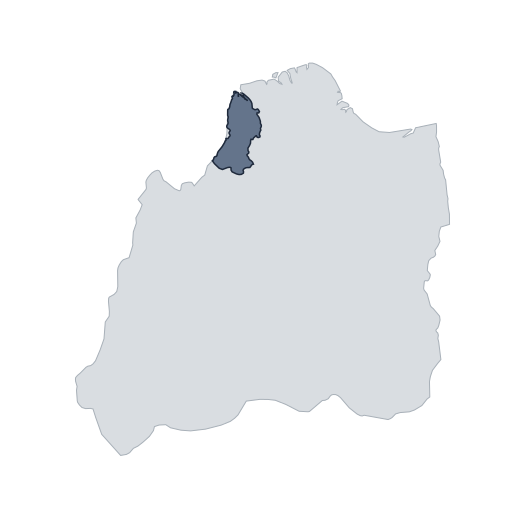 Cross River highlighted on a map of Nigeria, rotated 171°
{"feature_id": "NGA-2847", "entity_name": "Cross River", "entity_type": "State", "adm_level": 1, "iso_a3": "NGA", "parent_name": "Nigeria", "parent_adm1": "", "projection": "robinson", "projection_center": [8.541, 5.798], "detail": "fine", "context": "in_parent", "style": "filled", "palette": "slate", "viewbox_px": 512, "rotation_deg": 171, "n_neighbors": 0, "source": "natural_earth", "source_scale": "10m", "svg_char_len": 6442}
<svg xmlns="http://www.w3.org/2000/svg" viewBox="0 0 512 512"><g transform="rotate(171 256 256)"><path d="M420.9,80.2L436.3,104.0L439.6,121.7L440.9,130.4L443.4,131.4L448.1,131.9L451.6,133.6L453.7,136.5L455.0,139.2L455.2,140.8L454.3,151.4L453.1,155.2L453.8,160.5L453.6,162.7L453.1,164.2L451.0,166.0L448.1,167.7L441.3,172.7L439.3,173.5L436.4,173.6L433.9,174.9L430.9,177.6L424.6,187.7L419.1,197.9L415.2,214.4L410.4,219.5L409.5,224.1L408.8,234.4L408.1,237.4L407.3,238.4L402.1,240.3L399.1,242.7L397.3,247.3L395.0,263.2L394.2,265.8L392.5,268.5L389.9,271.5L387.6,273.1L381.6,274.2L375.9,286.1L375.8,288.2L373.4,299.0L369.0,307.2L368.7,312.4L363.2,319.6L360.4,324.5L363.3,329.6L363.6,330.4L354.2,339.0L353.6,340.3L353.2,346.3L352.5,347.9L350.8,350.1L348.2,352.5L345.7,354.4L342.7,355.7L339.9,356.1L338.4,355.4L337.5,353.6L335.9,346.3L335.1,344.7L333.2,343.3L326.0,335.2L321.6,332.4L320.6,332.6L319.9,333.4L318.7,337.4L317.5,338.9L315.1,339.4L311.1,339.5L308.2,338.9L307.5,338.1L306.1,334.9L297.1,342.3L294.0,343.9L289.9,352.6L284.3,356.9L280.4,360.6L269.9,372.4L267.8,375.9L265.7,381.1L261.2,403.2L254.0,417.1L253.0,420.0L252.6,419.9L251.6,421.2L248.8,420.4L247.6,417.8L245.8,417.4L242.9,413.6L242.2,414.2L245.4,423.8L244.2,427.5L235.3,427.6L227.7,428.9L222.5,428.8L219.8,427.4L218.7,423.8L218.2,424.2L218.0,426.1L216.3,427.6L210.4,427.9L207.8,425.5L205.7,422.7L203.5,421.5L203.8,422.7L206.4,425.3L206.1,429.2L201.3,433.6L198.3,433.9L196.5,432.0L195.5,428.8L195.0,424.2L193.8,421.2L193.1,421.2L193.9,426.2L194.0,430.9L196.2,434.5L192.7,435.7L188.6,435.8L188.1,434.4L187.5,431.4L186.8,430.6L186.0,435.7L177.4,437.2L176.2,437.0L176.0,436.0L176.6,434.6L176.5,432.3L174.6,434.1L174.3,437.6L173.2,438.2L169.9,437.7L166.4,435.8L160.6,431.4L153.6,424.1L152.4,420.9L150.4,416.9L146.8,405.8L147.4,405.3L149.1,405.9L149.9,404.9L146.9,404.1L146.3,403.3L146.1,400.9L146.3,397.9L150.7,396.4L151.7,394.5L152.3,392.7L146.9,395.5L141.7,392.4L140.6,390.5L141.2,389.0L147.1,388.9L149.2,387.5L148.0,387.0L145.7,387.1L144.8,386.1L144.9,383.9L144.2,384.4L143.2,386.4L139.7,387.8L137.7,386.4L137.5,383.1L137.1,381.6L135.4,380.4L129.3,371.8L121.7,364.5L115.0,359.5L104.8,357.1L83.4,357.2L82.2,356.5L83.5,355.4L85.4,354.6L92.3,350.6L91.1,350.1L83.9,352.6L81.5,352.8L78.3,357.7L57.3,358.7L57.3,356.5L58.3,350.1L59.6,345.7L58.2,340.4L57.8,335.5L58.7,334.0L59.0,332.2L58.9,319.8L60.0,318.0L60.0,316.7L57.8,311.4L57.9,307.3L57.5,303.4L56.8,301.6L57.7,286.5L57.4,282.7L58.1,280.0L58.5,273.5L58.4,267.1L59.9,257.0L68.9,255.7L71.1,251.7L72.4,246.7L72.0,241.7L74.9,237.4L78.5,233.5L78.3,229.3L79.3,228.0L81.0,227.0L83.4,226.5L86.1,224.4L87.6,220.7L89.1,214.8L86.8,210.7L86.9,209.8L87.7,207.6L89.2,205.4L90.3,204.6L92.9,205.2L93.8,204.3L95.5,197.8L95.3,196.1L92.9,191.7L91.6,179.9L90.9,178.3L89.1,176.2L84.1,167.9L84.2,164.0L86.3,158.9L87.7,156.5L89.6,155.1L90.0,154.0L89.4,152.6L88.5,151.5L88.3,149.2L89.3,146.1L89.0,142.6L89.6,124.8L93.6,121.3L99.6,115.5L102.7,109.5L104.3,104.9L106.4,89.6L109.5,87.9L115.5,82.4L123.6,79.1L128.9,78.1L138.1,78.8L142.8,78.2L146.8,75.2L148.6,74.4L151.1,73.8L174.1,81.8L176.2,81.4L178.0,82.0L180.9,84.1L187.6,91.4L194.7,102.9L196.9,105.3L199.1,106.7L201.4,107.1L203.1,107.0L204.8,105.9L207.0,103.7L210.4,102.7L213.1,102.9L227.5,94.1L228.9,94.0L237.7,95.9L249.7,104.7L259.5,110.5L266.4,112.4L274.5,113.8L288.3,114.2L298.7,101.8L302.5,99.1L307.2,96.7L316.9,94.4L332.9,92.9L348.0,93.5L357.4,95.7L367.3,99.7L371.5,103.5L378.2,104.2L383.0,103.4L384.6,99.6L389.4,94.6L396.6,89.9L402.4,86.7L407.2,85.2L411.6,81.5L415.0,80.3L420.9,80.2ZM211.0,432.8L207.7,434.0L205.6,433.7L208.5,428.7L210.0,429.8L211.9,430.2L211.0,432.8Z" fill="#d9dde1" stroke="#a8b0b8" stroke-width="1"/><path d="M284.2,356.9L284.0,357.0L283.0,357.7L282.0,359.9L281.1,360.5L280.6,360.5L280.1,360.5L279.7,360.6L279.3,360.8L278.8,361.4L277.9,363.7L277.0,365.1L272.4,369.2L269.3,372.9L268.6,374.1L268.2,374.6L267.7,374.9L267.5,375.1L267.4,376.2L267.3,376.7L266.7,376.8L266.0,376.5L265.3,376.4L264.7,377.0L264.2,377.7L263.0,378.6L262.7,379.2L262.8,379.9L263.1,380.5L263.4,381.2L263.3,382.2L262.7,383.0L262.1,383.5L261.8,384.0L262.3,385.0L262.9,385.7L263.7,386.4L264.3,387.1L264.7,388.1L264.5,389.1L264.0,389.8L263.4,390.5L262.9,391.2L262.7,392.0L262.7,392.8L262.8,393.5L262.8,394.3L262.6,395.2L261.9,396.8L261.7,397.7L261.7,398.2L262.0,399.1L262.0,399.5L261.1,404.7L260.9,405.2L260.6,405.3L260.2,405.4L259.8,405.6L259.4,406.0L258.8,407.1L258.6,407.6L258.1,409.3L257.8,410.1L257.3,410.8L256.0,413.2L255.8,413.9L254.9,414.7L254.6,415.2L254.7,416.0L254.8,416.6L254.9,417.1L254.3,417.7L254.2,417.6L254.0,417.4L253.7,417.3L253.4,417.4L253.1,417.8L252.8,418.2L252.6,418.5L252.6,418.8L252.3,419.5L252.2,419.9L252.2,420.3L252.4,420.8L252.4,421.2L252.1,421.8L251.7,422.0L251.3,421.9L250.8,421.7L250.6,421.7L250.3,421.8L250.1,421.7L250.2,421.3L250.4,421.1L250.5,420.7L250.6,420.3L250.5,420.1L250.2,420.2L249.5,420.6L249.1,420.7L248.1,420.2L248.0,419.2L248.4,417.9L248.5,416.5L248.3,416.5L248.1,417.8L247.3,418.5L246.4,418.4L245.5,417.5L245.6,417.4L245.8,417.0L245.5,416.9L244.8,416.5L245.0,416.0L244.7,415.6L243.8,414.8L243.0,414.3L242.8,413.6L242.4,412.8L242.2,412.5L241.7,412.3L241.4,412.2L241.0,411.8L240.6,411.3L240.5,411.1L240.3,411.1L240.3,411.3L242.1,413.2L242.5,413.9L243.4,415.7L243.6,416.6L243.0,417.0L243.2,417.5L243.6,418.1L243.9,418.6L244.3,418.9L244.4,419.0L244.0,418.9L242.7,417.8L238.8,413.2L237.6,411.3L236.7,409.4L236.2,407.3L236.5,402.6L235.9,401.9L234.4,400.8L233.6,400.6L231.6,401.0L230.9,400.4L230.6,399.7L230.0,398.1L230.9,396.9L232.5,397.2L233.0,395.9L231.3,392.4L230.6,388.4L230.9,386.3L230.3,384.5L230.4,383.6L230.7,382.7L231.3,382.0L231.7,381.2L231.6,380.3L231.6,379.4L232.1,378.9L233.3,376.9L233.7,375.2L233.2,374.0L233.5,373.0L234.9,372.6L236.2,373.0L236.8,374.7L237.7,374.6L238.3,374.0L239.8,373.1L240.4,372.4L240.8,371.6L241.7,371.6L242.6,372.1L243.2,371.1L243.8,368.2L244.5,367.1L245.2,366.0L247.1,363.8L247.4,361.2L246.8,360.1L247.0,358.9L249.1,357.5L249.0,356.3L248.3,355.3L247.9,354.3L247.8,353.1L247.2,352.4L247.1,351.9L246.8,351.6L246.4,351.3L245.9,350.9L244.7,349.2L244.2,347.1L245.3,347.0L246.3,346.4L247.2,345.3L248.2,344.4L249.5,344.5L250.8,344.7L252.3,344.7L253.7,344.2L254.8,343.6L255.4,342.5L255.1,341.1L255.5,339.8L257.7,338.9L260.0,339.1L262.4,340.1L266.4,342.8L267.2,344.7L266.9,347.0L267.6,347.6L268.5,347.8L270.4,347.8L275.6,346.7L278.6,348.4L282.6,353.7L283.6,355.7L284.2,356.9L284.2,356.9Z" fill="#64748b" stroke="#1e293b" stroke-width="1.5"/></g></svg>